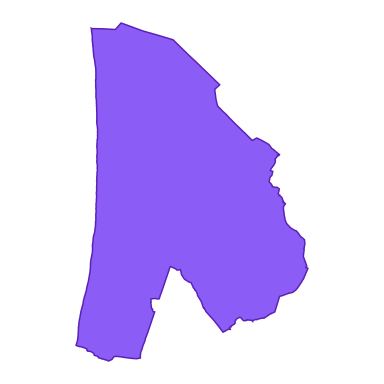 the district of Vērgales pag., Pavilostas, Latvia
{"feature_id": "27541924B6474784348402", "entity_name": "Vērgales pag.", "entity_type": "district", "adm_level": 2, "iso_a3": "LVA", "parent_name": "Latvia", "parent_adm1": "Pavilostas", "projection": "orthographic", "projection_center": [21.107, 56.72], "detail": "fine", "context": "isolated", "style": "filled", "palette": "violet", "viewbox_px": 384, "rotation_deg": 0, "n_neighbors": 0, "source": "geoboundaries", "source_scale": "gbopen_adm2", "svg_char_len": 5708}
<svg xmlns="http://www.w3.org/2000/svg" viewBox="0 0 384 384"><path d="M91.3,28.3L91.4,28.5L91.5,29.2L91.5,30.4L92.3,36.2L92.3,37.5L92.2,38.6L92.3,39.2L92.3,41.0L92.8,44.5L92.8,46.1L93.0,46.7L93.2,48.9L93.2,49.3L93.3,50.1L93.3,51.5L93.7,54.8L93.7,56.0L94.1,57.8L94.4,59.0L94.8,61.7L94.8,62.5L95.1,63.5L95.3,65.0L95.2,65.5L95.5,66.2L95.8,69.3L95.8,70.3L95.9,72.0L95.9,75.4L95.9,78.9L95.6,79.8L95.6,80.5L95.8,84.3L95.7,85.2L95.7,86.6L95.9,88.2L95.9,89.2L96.0,91.0L96.0,92.1L96.0,92.8L95.9,93.8L96.0,95.7L95.9,96.7L96.1,98.4L96.3,99.3L96.2,99.8L96.5,101.5L96.4,102.3L96.4,102.7L96.4,103.6L96.6,104.5L96.4,105.3L96.7,107.2L96.6,108.4L96.7,109.3L96.7,110.7L96.8,111.9L96.9,112.9L96.8,113.6L96.8,115.6L96.9,117.0L96.8,118.1L96.9,119.3L96.7,120.6L96.8,121.3L96.7,122.9L97.2,125.6L97.6,129.9L97.6,131.0L97.5,131.8L97.6,134.0L97.5,135.9L97.6,136.3L97.6,137.2L97.4,138.9L97.1,140.4L97.2,141.7L96.9,144.1L96.9,146.0L96.8,147.4L97.0,148.3L97.1,149.0L97.1,149.6L97.2,152.3L97.1,153.9L96.8,156.3L97.0,159.4L96.8,161.1L96.9,162.8L97.3,164.8L97.3,165.4L97.3,165.7L97.3,167.3L97.2,167.8L97.2,168.4L97.4,169.7L97.4,170.3L97.1,172.4L97.0,172.9L97.0,175.3L96.8,176.7L96.9,178.6L96.6,181.0L96.8,182.0L96.9,182.9L96.8,183.5L96.8,185.5L96.5,186.9L96.7,187.8L96.6,190.5L96.6,191.5L96.3,193.0L96.6,195.9L96.6,197.2L96.6,197.6L96.4,198.5L96.4,201.2L96.3,202.5L96.0,203.6L96.0,204.1L96.1,204.6L96.1,206.4L96.1,207.5L95.9,208.9L96.2,210.7L96.0,212.6L96.0,213.4L95.8,214.2L95.9,216.7L95.8,218.0L95.9,219.8L95.5,222.3L95.6,223.2L95.5,224.6L95.5,225.2L95.4,226.4L95.4,226.7L95.2,227.6L95.1,228.6L95.0,229.3L94.9,230.3L94.9,231.0L94.8,231.6L94.6,231.9L94.5,233.0L93.8,235.2L93.8,235.5L93.6,235.7L93.2,238.2L92.9,242.3L92.4,245.2L92.6,249.7L92.4,251.1L92.4,252.7L92.2,253.2L92.2,254.1L91.7,255.2L91.9,255.5L91.9,255.9L91.4,257.1L90.7,261.3L90.5,263.7L90.4,268.0L89.9,272.8L89.5,274.5L89.3,276.2L88.8,278.7L88.3,281.7L87.2,285.8L87.1,286.6L86.6,288.1L86.6,288.9L86.5,289.8L85.9,292.0L85.4,293.4L85.0,295.3L84.5,296.3L84.2,297.9L83.5,300.3L83.3,301.9L83.1,302.6L83.0,304.0L82.8,304.9L82.3,306.1L81.8,308.5L81.4,309.4L81.3,310.3L80.9,311.5L80.6,313.8L80.3,314.8L80.1,316.8L79.8,317.7L79.0,322.3L78.9,324.0L78.4,327.6L78.4,331.0L78.2,333.0L78.2,333.9L78.1,334.4L78.1,335.2L78.1,335.8L78.0,336.6L77.9,337.4L77.6,339.8L77.1,342.1L76.2,344.7L76.1,345.1L76.1,345.4L78.6,346.4L79.6,346.6L80.9,346.7L85.1,348.1L86.1,348.7L86.7,348.8L86.9,349.4L87.0,350.4L87.3,350.4L87.3,350.8L87.5,351.0L88.0,351.2L90.4,351.4L92.8,352.6L94.1,354.0L94.2,355.2L95.9,355.8L97.6,356.1L97.6,356.3L97.8,356.6L98.6,357.8L100.8,358.4L101.9,359.0L103.6,359.1L104.8,359.7L106.7,360.1L108.4,361.0L109.1,360.8L111.9,359.5L113.6,357.0L115.4,356.3L119.9,356.7L126.3,357.7L133.0,358.5L136.8,358.7L140.4,358.0L140.3,356.1L140.6,353.4L140.8,352.1L142.1,348.9L142.9,345.8L144.7,341.5L145.2,340.0L145.3,339.0L147.9,332.1L148.8,329.3L149.2,328.2L154.7,311.9L153.0,311.5L152.4,308.9L151.6,308.7L150.8,302.8L151.0,302.8L151.1,302.5L150.9,298.9L155.1,298.5L157.8,299.0L159.2,298.8L160.2,295.6L161.9,291.0L170.2,266.6L170.8,266.7L175.0,268.5L175.5,268.8L177.1,270.1L178.8,270.0L180.4,269.6L181.3,273.4L181.3,273.7L181.7,274.9L184.1,278.7L184.9,279.5L188.2,281.6L191.3,282.9L191.7,284.1L192.8,286.2L193.2,287.6L194.5,289.1L195.0,290.2L195.3,290.1L196.3,291.6L197.2,293.7L197.5,294.7L197.5,295.3L197.7,295.8L201.3,301.6L203.1,306.8L203.7,308.3L204.3,308.1L205.8,311.4L214.6,321.2L223.1,332.2L227.7,329.6L228.7,329.1L230.9,329.6L229.8,328.7L229.7,327.2L230.6,326.7L230.9,326.9L231.1,326.3L231.4,326.1L231.5,325.8L231.9,325.7L232.4,325.4L232.5,325.2L234.3,324.2L235.1,323.2L235.0,321.7L235.1,321.4L235.4,320.8L236.5,319.2L236.9,318.7L239.8,317.3L240.9,317.8L242.9,320.2L244.3,320.8L246.5,320.4L247.2,320.1L247.1,319.9L248.0,319.9L249.7,320.2L251.5,320.2L252.7,321.4L252.8,320.8L253.0,320.5L253.7,320.1L256.0,319.5L256.9,319.7L258.6,318.9L263.1,318.0L263.7,318.2L264.0,318.2L270.5,313.8L271.3,313.7L271.5,313.3L272.7,313.0L274.8,311.9L279.6,296.3L282.0,295.8L286.9,293.9L288.5,293.4L288.7,293.2L288.8,293.3L292.6,292.4L295.4,290.4L296.6,289.2L298.6,286.5L301.4,282.3L302.4,280.4L303.2,279.5L303.8,278.3L304.4,276.4L304.6,276.3L307.9,268.4L307.4,268.0L305.8,267.5L306.0,266.9L306.8,266.0L303.3,256.4L304.2,249.2L303.7,248.7L304.1,248.0L304.9,243.9L304.5,239.8L302.6,238.0L300.8,236.7L299.1,234.4L298.9,233.9L296.4,230.9L294.4,230.2L290.7,227.9L286.9,223.9L286.1,222.4L284.9,219.2L284.8,217.9L284.0,213.8L284.1,213.6L283.5,209.5L283.4,207.8L283.5,206.7L285.4,203.8L284.6,203.2L283.9,203.0L284.0,202.9L283.8,202.7L283.7,202.6L283.9,202.5L283.5,202.3L283.6,202.2L283.4,202.0L283.4,201.9L283.2,201.7L283.5,201.6L282.7,199.9L282.4,199.2L282.5,199.1L282.3,198.6L282.0,198.0L282.0,197.8L281.8,197.3L281.5,197.2L281.2,196.8L280.9,196.6L279.8,195.6L279.8,195.4L279.5,195.5L279.6,195.2L279.3,195.1L278.3,193.6L278.2,193.3L278.8,191.5L279.1,190.1L279.2,188.8L278.9,188.5L276.8,187.2L275.4,187.3L272.3,186.7L272.2,186.4L272.4,186.0L271.2,184.0L269.4,182.0L269.2,181.3L269.7,178.6L270.3,177.0L271.1,176.1L271.8,175.6L272.8,171.4L270.4,170.7L270.5,170.2L271.3,168.3L272.3,167.2L272.5,166.6L272.7,166.4L273.3,165.9L274.9,163.1L275.4,161.5L275.2,159.1L275.4,158.7L276.0,157.9L276.7,157.3L276.8,156.9L277.2,156.2L277.4,154.6L277.5,154.9L278.1,155.8L278.5,155.7L278.6,155.1L278.8,155.1L279.0,155.3L279.4,155.0L279.5,154.6L276.3,152.1L274.1,150.1L272.6,148.9L272.0,148.8L268.9,144.5L262.1,140.6L256.8,138.0L252.2,140.4L246.0,134.2L235.0,123.6L229.1,117.6L227.3,115.6L225.1,113.4L223.3,111.8L217.7,106.1L216.5,101.7L215.9,98.6L214.7,89.4L219.7,84.8L195.6,61.5L188.8,55.2L173.1,39.8L159.8,35.8L142.7,30.9L121.1,23.0L115.3,29.5L102.8,28.8L92.3,28.6L91.3,28.3Z" fill="#8b5cf6" stroke="#5b21b6" stroke-width="1.5"/></svg>